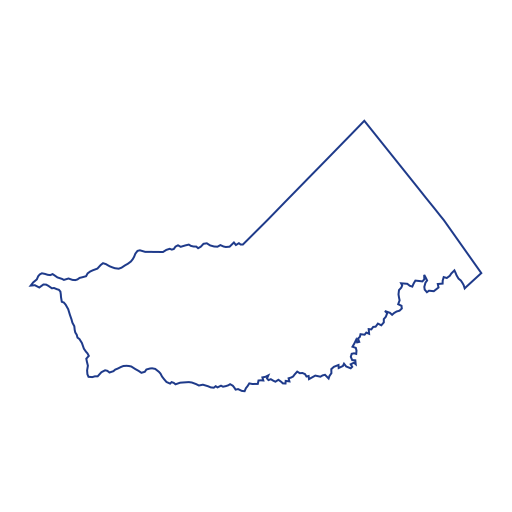 Mirante da Serra, Rondônia, Brazil
{"feature_id": "56859067B54774050991451", "entity_name": "Mirante da Serra", "entity_type": "district", "adm_level": 2, "iso_a3": "BRA", "parent_name": "Brazil", "parent_adm1": "Rondônia", "projection": "natural_earth1", "projection_center": [-62.897, -11.045], "detail": "fine", "context": "isolated", "style": "outline", "palette": "blue", "viewbox_px": 512, "rotation_deg": 0, "n_neighbors": 0, "source": "geoboundaries", "source_scale": "gbopen_adm2", "svg_char_len": 3794}
<svg xmlns="http://www.w3.org/2000/svg" viewBox="0 0 512 512"><path d="M68.5,278.5L63.9,279.9L62.0,278.9L57.4,277.4L54.7,275.5L52.6,274.1L50.3,275.1L47.7,274.8L44.9,273.9L41.9,273.3L39.8,274.4L38.2,276.2L36.8,279.4L33.2,282.4L30.7,285.6L34.8,285.2L39.3,287.5L43.4,284.5L46.1,284.6L48.3,285.8L51.9,288.3L54.0,288.0L56.9,289.2L58.9,289.8L60.4,291.6L60.8,294.4L61.0,297.1L61.8,301.8L63.8,302.5L65.6,304.6L68.2,309.2L69.9,314.8L71.5,319.4L72.4,322.7L74.3,326.2L74.7,329.9L75.3,332.5L76.7,334.7L77.5,337.6L79.4,339.0L81.9,343.0L83.9,348.7L85.9,351.6L87.5,353.4L88.8,355.9L86.3,358.7L86.9,361.7L87.9,365.7L87.1,370.4L87.4,374.2L88.5,376.8L92.3,377.1L95.0,376.3L97.7,376.3L101.4,372.2L105.1,370.3L107.3,370.8L109.5,372.5L113.4,371.2L115.2,369.6L117.7,368.6L121.1,366.9L123.4,366.0L126.6,365.8L128.9,366.0L131.3,366.5L135.2,369.0L138.6,370.9L141.4,372.8L144.8,371.8L146.4,369.5L150.0,368.5L152.1,368.3L155.2,368.9L159.0,371.9L160.5,373.6L162.0,376.5L164.0,379.1L166.5,382.0L170.1,383.6L171.6,382.1L173.8,382.9L175.5,384.3L180.1,382.7L184.2,382.4L188.8,382.1L191.8,382.5L196.1,384.1L198.9,385.5L202.9,384.7L207.9,386.2L210.8,387.4L213.8,387.7L215.7,386.2L217.5,387.4L221.0,385.7L223.0,386.7L225.9,386.1L228.3,385.3L230.1,384.2L232.8,385.7L234.3,387.6L235.6,389.6L238.1,389.1L241.8,390.9L244.6,391.2L245.9,388.2L247.5,386.2L249.3,383.4L252.3,384.0L257.8,383.9L258.5,380.5L260.9,380.3L263.3,380.5L262.4,377.4L265.5,376.8L268.3,375.4L267.0,378.4L268.5,380.1L270.8,379.2L273.3,380.7L275.4,381.7L278.4,379.8L281.2,381.8L282.9,383.4L285.5,383.5L285.7,380.9L289.4,381.4L288.6,378.3L291.0,377.6L293.1,376.5L294.6,374.5L297.2,371.6L299.8,373.2L302.4,373.0L305.0,374.1L306.5,376.5L308.6,376.0L309.0,379.1L315.3,375.6L320.4,376.7L322.6,375.4L325.0,374.8L328.6,378.5L329.5,375.9L331.4,373.2L331.3,369.1L333.9,366.8L338.5,365.0L338.7,368.0L342.9,366.0L344.0,363.7L346.2,366.5L350.7,368.3L352.2,366.8L350.7,364.3L353.9,362.7L355.7,364.2L355.3,360.3L352.2,360.1L350.8,356.8L351.7,353.8L354.1,353.3L356.2,353.9L356.5,350.6L355.8,347.9L352.5,346.7L354.5,343.2L356.2,339.7L357.1,342.4L359.2,341.9L358.0,338.6L359.9,336.8L360.5,334.2L364.6,334.7L366.3,332.6L369.1,333.8L368.7,329.1L371.3,329.4L373.2,326.9L375.6,326.7L377.9,323.6L381.3,325.3L383.8,322.4L383.8,319.1L385.8,316.8L387.2,313.2L384.9,311.0L389.9,312.8L392.1,314.8L394.1,313.0L396.6,311.5L399.5,310.7L401.8,308.5L401.5,305.8L398.2,304.2L399.6,300.3L399.0,297.5L398.5,294.3L399.0,290.1L401.3,287.6L402.2,285.4L401.1,283.3L407.3,283.8L409.8,285.8L412.3,286.6L413.7,283.4L415.4,280.6L419.1,281.0L422.4,281.4L424.3,279.3L424.2,274.9L425.7,277.6L427.1,280.5L425.5,282.6L424.3,286.9L424.7,289.6L426.9,292.2L429.0,290.7L433.8,291.2L438.5,287.5L437.8,284.0L442.6,283.6L442.7,280.6L443.7,277.1L446.8,278.0L449.8,275.8L451.2,273.6L454.4,270.4L455.5,272.7L456.6,275.4L458.5,278.6L460.9,280.6L462.6,283.2L463.7,285.2L464.7,288.4L466.2,286.9L481.3,273.1L443.8,220.1L440.3,215.8L434.6,208.6L425.7,197.6L417.6,187.4L364.3,120.8L347.8,137.8L343.4,142.3L323.1,163.1L307.2,179.3L304.6,182.0L285.2,201.8L267.9,219.6L242.9,244.5L240.6,244.5L238.9,243.2L235.9,245.0L233.9,242.5L229.6,246.7L225.8,247.0L223.5,246.5L220.4,245.1L217.5,246.7L214.1,246.5L210.1,245.4L206.8,243.3L203.5,243.8L200.8,246.7L198.1,248.2L196.3,246.6L193.5,246.5L190.9,245.9L188.8,244.6L185.4,245.4L180.7,246.8L178.0,245.3L175.5,246.6L173.8,249.0L171.8,249.6L169.7,248.8L166.3,249.9L163.0,252.0L152.2,251.9L148.4,251.9L145.3,251.9L139.9,250.3L137.5,250.9L135.4,253.6L134.1,256.8L132.8,259.1L130.9,261.5L127.8,263.8L125.1,265.3L121.5,267.7L118.7,268.7L114.8,268.2L112.2,267.3L109.7,266.3L107.9,265.3L105.9,264.1L103.0,263.2L100.7,265.0L97.4,268.6L92.8,270.3L90.2,271.5L87.6,273.4L86.1,276.2L82.1,277.3L79.6,277.9L77.5,279.4L75.4,280.1L72.5,279.9L68.5,278.5Z" fill="none" stroke="#1e3a8a" stroke-width="2"/></svg>